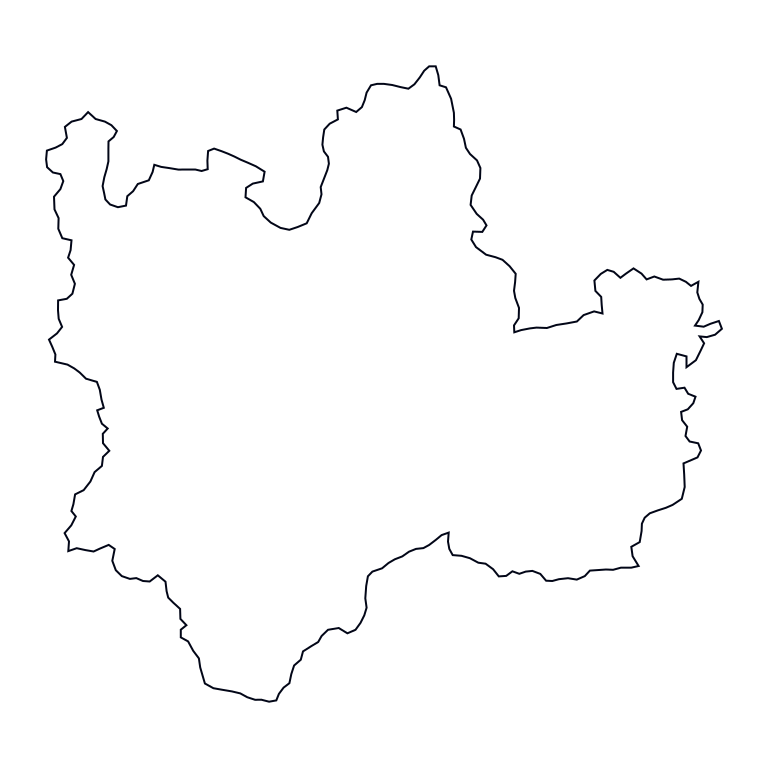 outline of Lavras, Minas Gerais, Brazil
{"feature_id": "56859067B96133552143909", "entity_name": "Lavras", "entity_type": "district", "adm_level": 2, "iso_a3": "BRA", "parent_name": "Brazil", "parent_adm1": "Minas Gerais", "projection": "orthographic", "projection_center": [-45.035, -21.263], "detail": "fine", "context": "isolated", "style": "outline", "palette": "ink", "viewbox_px": 768, "rotation_deg": 0, "n_neighbors": 0, "source": "geoboundaries", "source_scale": "gbopen_adm2", "svg_char_len": 4371}
<svg xmlns="http://www.w3.org/2000/svg" viewBox="0 0 768 768"><path d="M247.2,697.2L255.1,699.8L261.3,699.7L269.1,701.7L276.3,700.4L278.9,693.9L283.6,687.6L289.4,683.2L291.3,674.1L294.1,665.5L300.8,659.7L303.0,651.4L311.5,646.0L318.2,642.0L321.6,636.0L328.0,629.8L338.7,628.0L347.4,633.3L355.5,629.8L360.5,622.9L364.3,615.3L366.6,607.7L365.3,598.3L366.2,586.0L367.9,576.3L372.4,571.6L382.1,568.3L388.5,563.0L394.8,559.3L402.3,556.4L409.0,551.7L416.0,548.9L423.4,548.1L429.1,545.0L435.8,539.9L441.6,535.1L448.7,532.6L448.0,541.6L449.3,548.9L452.7,555.1L461.5,555.8L469.9,558.2L478.3,562.7L485.6,563.7L493.1,569.2L498.8,576.4L506.2,575.9L512.4,571.3L519.3,573.8L525.7,571.6L532.4,570.9L540.3,573.9L546.1,580.7L552.3,581.0L558.9,579.2L568.0,578.2L576.8,579.6L584.8,576.1L589.9,570.6L598.9,570.0L606.0,569.5L613.1,569.8L620.8,567.7L631.1,567.7L638.6,566.0L632.6,556.2L631.3,546.8L639.7,542.1L641.6,531.0L641.9,523.7L644.7,517.7L649.8,513.3L657.8,510.4L665.9,507.8L672.6,504.9L681.8,498.8L684.7,487.0L684.2,474.7L683.5,463.4L697.5,457.4L701.0,450.5L698.2,443.3L689.6,441.5L685.5,436.0L687.2,426.7L682.1,420.2L681.1,411.9L687.8,409.3L693.3,403.2L695.5,396.7L688.2,393.8L684.5,387.7L676.5,388.9L673.1,382.2L673.1,372.5L673.8,362.8L676.8,353.8L686.5,356.4L686.5,367.2L695.9,360.2L700.7,350.5L704.1,343.3L699.6,336.4L706.8,337.1L715.1,334.7L721.9,328.8L718.9,321.0L710.4,323.8L703.7,326.7L695.0,325.6L698.7,320.1L702.4,312.2L702.7,304.6L699.4,298.9L697.3,292.4L698.4,281.8L691.0,285.9L685.9,281.8L679.2,278.6L671.9,279.4L663.1,279.7L654.3,276.5L646.6,279.4L641.5,273.6L633.5,268.4L626.0,273.6L620.4,277.8L613.7,271.8L607.3,269.9L600.8,273.9L594.4,280.5L595.4,290.9L601.2,296.9L601.7,305.0L602.5,313.5L594.1,311.4L583.6,315.1L576.9,321.5L566.8,323.4L556.3,325.0L546.9,328.0L536.5,327.6L529.9,328.4L521.1,330.1L514.3,332.3L514.0,325.4L518.7,318.3L519.0,307.9L515.3,298.0L514.0,290.8L515.1,282.1L515.7,273.8L509.6,266.2L502.5,259.8L495.5,257.2L486.1,254.7L476.0,247.1L471.3,239.5L473.0,231.6L482.3,231.9L486.5,225.4L483.1,219.7L476.7,213.9L470.6,204.9L471.7,195.5L475.6,187.6L480.0,178.6L480.4,168.0L477.0,160.4L470.0,154.0L465.9,147.8L464.0,138.8L460.6,129.5L453.9,126.5L454.1,119.8L453.9,112.8L451.1,98.8L446.0,87.3L439.6,85.3L438.3,75.2L435.7,66.3L429.2,66.3L424.2,70.7L419.8,77.4L414.4,84.3L408.4,88.7L400.6,87.1L392.2,85.0L384.1,83.9L377.0,83.9L371.0,85.3L366.6,92.6L364.7,100.2L361.9,107.1L356.2,112.0L346.4,107.7L337.3,110.6L337.9,119.4L329.7,123.7L324.3,129.5L323.1,137.4L322.4,144.7L323.9,151.4L328.0,156.8L328.9,163.7L327.3,170.1L324.2,178.1L320.7,187.1L321.5,194.3L319.2,203.0L311.7,213.2L306.7,223.3L297.7,227.0L289.3,229.8L280.5,227.9L270.8,222.6L263.7,216.1L260.3,208.8L253.9,202.1L245.5,197.3L246.1,187.9L252.8,183.6L262.9,181.4L264.6,171.7L255.9,166.3L247.8,162.7L240.7,159.7L234.3,156.5L228.0,153.7L221.6,151.2L214.1,148.6L208.1,151.0L207.4,160.6L207.7,169.2L201.6,171.0L195.2,169.5L187.2,169.5L178.4,169.6L169.4,168.1L161.2,166.9L154.3,164.8L152.6,172.0L148.8,180.3L137.8,184.0L133.1,191.2L127.3,196.2L126.0,205.6L117.9,207.2L110.1,204.5L105.4,199.5L104.1,193.0L102.6,186.1L104.3,177.3L106.7,169.0L108.4,161.4L108.4,148.7L108.5,141.4L113.7,137.0L116.9,131.0L111.4,125.2L104.9,121.6L95.6,119.0L88.1,112.1L81.5,119.0L71.6,121.6L64.9,126.9L66.9,137.9L62.3,144.1L55.6,147.6L46.9,150.6L46.1,159.4L47.1,167.2L52.9,172.5L60.4,174.1L63.3,181.1L60.4,189.1L54.0,196.7L54.5,209.4L58.6,218.1L58.3,228.8L62.3,238.2L71.5,240.3L70.6,250.1L68.1,257.7L74.1,264.9L71.2,274.8L74.9,283.8L72.4,293.7L66.8,298.8L58.1,300.4L58.0,310.3L58.7,318.8L62.1,326.9L57.0,333.4L49.0,339.6L52.3,346.9L55.4,354.5L55.0,361.7L67.5,364.6L74.2,368.4L79.7,372.5L86.0,378.7L96.9,381.9L99.8,389.8L101.5,399.6L103.8,407.8L97.2,410.3L99.1,416.5L101.9,423.7L107.7,428.5L102.8,433.8L103.0,443.2L109.3,450.8L103.0,456.9L101.9,465.9L94.6,472.1L90.4,481.5L83.7,490.1L75.1,494.4L73.4,504.2L71.4,511.0L75.8,516.5L71.3,525.3L64.6,533.1L69.0,541.4L68.3,551.1L76.7,548.2L85.5,550.1L93.6,551.5L99.9,548.6L108.7,544.9L114.7,549.0L112.3,560.8L115.8,570.2L121.8,576.1L129.9,578.9L136.3,578.1L143.0,581.0L149.7,581.5L157.8,575.3L165.5,581.7L166.6,591.2L168.2,597.6L173.3,602.7L180.1,608.9L180.4,618.9L186.4,625.2L180.8,629.7L180.8,637.4L188.1,641.4L193.2,650.8L198.9,658.4L200.2,667.4L202.7,676.0L204.9,683.5L213.4,688.2L221.8,689.7L231.9,691.4L240.3,693.4L247.2,697.2Z" fill="none" stroke="#020617" stroke-width="2"/></svg>